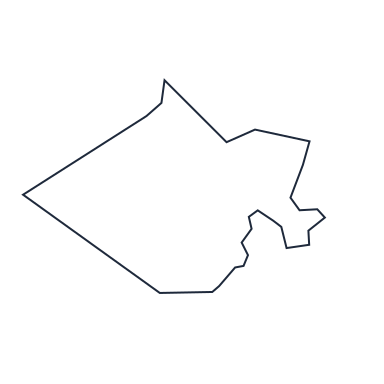 map outline of Taguig (Albers equal-area conic projection), rotated 133°
{"feature_id": "PHL-5558", "entity_name": "Taguig", "entity_type": "Highly Urbanized City", "adm_level": 1, "iso_a3": "PHL", "parent_name": "Philippines", "parent_adm1": "", "projection": "albers", "projection_center": [121.075, 14.506], "detail": "fine", "context": "isolated", "style": "outline", "palette": "slate", "viewbox_px": 384, "rotation_deg": 133, "n_neighbors": 0, "source": "natural_earth", "source_scale": "10m", "svg_char_len": 495}
<svg xmlns="http://www.w3.org/2000/svg" viewBox="0 0 384 384"><g transform="rotate(133 192 192)"><path d="M287.8,146.7L309.2,313.7L167.5,277.1L147.7,275.1L129.0,288.3L132.0,200.7L103.4,188.5L74.8,140.6L96.5,129.4L129.0,116.1L132.0,100.9L119.2,88.6L120.1,77.4L140.9,80.5L150.7,70.3L168.5,84.6L156.6,102.9L157.6,113.1L160.6,131.4L171.4,133.5L178.3,123.3L195.1,121.2L200.0,108.0L210.9,103.9L217.8,109.0L242.4,108.0L251.3,109.0L287.8,146.7Z" fill="none" stroke="#1e293b" stroke-width="2"/></g></svg>